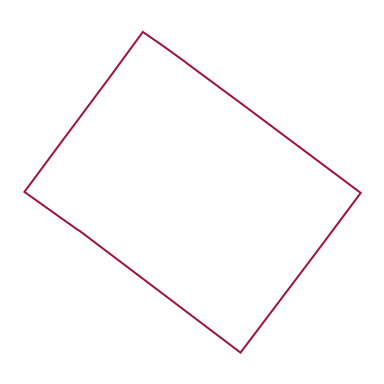 the district of Boone, Indiana, United States of America, rotated 217°
{"feature_id": "52423323B87712405938690", "entity_name": "Boone", "entity_type": "district", "adm_level": 2, "iso_a3": "USA", "parent_name": "United States of America", "parent_adm1": "Indiana", "projection": "equal_earth", "projection_center": [-86.376, 40.052], "detail": "fine", "context": "isolated", "style": "outline", "palette": "rose", "viewbox_px": 384, "rotation_deg": 217, "n_neighbors": 0, "source": "geoboundaries", "source_scale": "gbopen_adm2", "svg_char_len": 362}
<svg xmlns="http://www.w3.org/2000/svg" viewBox="0 0 384 384"><g transform="rotate(217 192 192)"><path d="M276.1,291.8L304.6,291.2L327.6,290.2L326.8,233.4L326.5,177.1L326.4,154.4L325.9,91.2L280.7,92.4L260.9,93.0L258.2,93.3L56.6,92.9L56.4,224.1L56.7,292.8L202.6,292.3L258.9,291.8L273.1,291.7L276.1,291.8Z" fill="none" stroke="#9f1239" stroke-width="2"/></g></svg>